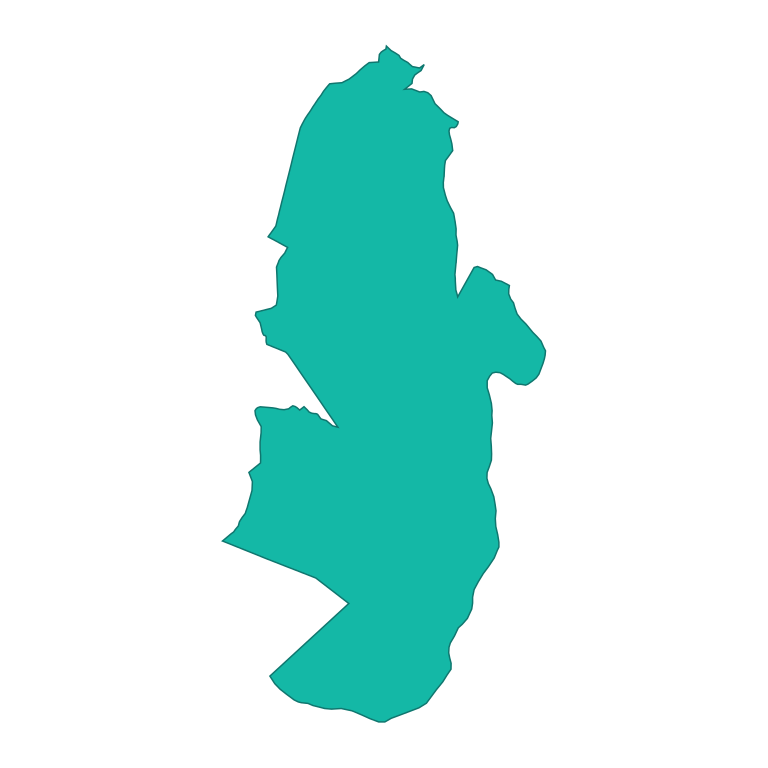 the district of Atlequizayan, Puebla, Mexico
{"feature_id": "50627088B18003687378579", "entity_name": "Atlequizayan", "entity_type": "district", "adm_level": 2, "iso_a3": "MEX", "parent_name": "Mexico", "parent_adm1": "Puebla", "projection": "robinson", "projection_center": [-97.628, 20.016], "detail": "fine", "context": "isolated", "style": "filled", "palette": "teal", "viewbox_px": 768, "rotation_deg": 0, "n_neighbors": 0, "source": "geoboundaries", "source_scale": "gbopen_adm2", "svg_char_len": 5033}
<svg xmlns="http://www.w3.org/2000/svg" viewBox="0 0 768 768"><path d="M424.2,64.6L419.5,68.0L414.7,67.0L414.0,66.9L412.4,66.6L409.6,64.2L407.8,62.5L403.8,60.3L400.6,58.2L400.1,57.3L399.0,55.4L395.3,53.0L391.0,50.5L386.4,46.1L385.9,49.1L383.3,50.6L381.2,52.1L379.4,54.4L378.6,62.0L369.2,62.6L368.1,63.4L364.9,65.8L360.0,70.0L356.3,73.6L354.6,74.9L350.4,78.1L349.1,79.1L345.1,81.1L342.0,82.7L339.6,82.9L336.8,83.1L334.3,83.3L329.7,83.8L328.7,84.9L326.5,87.5L323.5,91.3L321.0,95.3L319.3,97.5L318.2,98.9L317.1,100.6L315.6,102.8L315.0,103.8L313.1,106.5L310.7,110.4L309.5,112.2L308.5,113.6L308.1,114.1L305.4,118.2L303.6,121.4L303.1,122.5L302.7,123.1L300.3,127.9L299.1,132.6L298.1,136.5L296.1,144.6L292.7,158.1L291.1,164.8L290.8,166.0L289.9,169.6L285.7,186.2L284.9,189.7L283.7,194.5L281.8,201.8L280.4,207.6L279.7,210.2L279.4,211.4L278.6,214.9L277.7,218.2L277.2,220.2L277.0,221.1L276.3,224.2L275.8,226.1L274.3,228.2L272.8,230.3L272.5,230.7L270.8,233.1L269.7,234.5L268.1,236.8L272.3,239.1L273.0,239.4L287.6,247.4L286.7,249.1L285.2,252.1L285.0,252.6L284.9,252.9L282.4,255.8L281.0,257.4L279.0,260.5L278.1,263.1L277.0,265.8L276.5,267.1L276.9,275.0L277.0,277.9L277.1,280.4L277.4,287.7L277.8,295.8L277.8,296.1L276.9,301.8L276.3,305.1L272.9,307.3L271.3,308.3L256.1,312.1L255.8,313.4L255.8,313.5L255.4,315.4L256.6,317.5L258.2,319.8L258.8,320.8L259.6,321.9L260.1,322.7L260.4,323.9L261.2,327.2L261.8,329.8L262.1,331.5L262.6,332.9L263.2,334.3L263.8,335.2L264.4,335.5L264.8,335.4L265.3,335.6L265.8,336.1L266.2,336.9L266.2,338.2L266.1,340.4L266.2,342.1L266.5,343.1L266.9,344.4L285.6,352.0L287.9,354.3L293.3,362.1L293.5,362.4L295.5,365.3L297.8,368.7L301.0,373.4L310.1,386.6L318.6,399.0L325.4,409.0L327.6,412.2L329.0,414.2L330.0,415.7L332.3,419.0L335.2,423.3L337.2,426.2L337.9,427.2L332.4,425.8L326.4,420.6L321.1,419.0L319.6,417.2L319.4,416.8L318.3,415.3L318.0,414.8L317.4,414.2L316.5,413.8L315.6,413.6L314.4,413.6L312.3,413.3L311.7,413.2L310.8,412.8L310.2,412.5L309.3,412.2L307.0,409.6L304.0,406.7L299.9,409.9L299.7,410.1L296.9,407.6L295.1,406.5L292.8,405.8L290.9,407.0L290.0,407.7L288.7,408.8L284.1,409.7L279.6,409.3L276.1,408.4L273.0,407.9L268.8,407.5L268.7,407.5L264.0,407.1L260.2,406.8L257.8,407.6L256.5,408.5L256.4,408.6L255.6,409.7L255.0,410.7L255.5,414.9L257.4,419.9L258.1,421.1L261.2,426.6L261.1,432.3L261.1,432.8L260.1,442.0L260.1,449.9L260.6,455.3L260.6,460.4L260.5,463.0L251.2,470.5L248.9,472.4L252.0,480.5L252.4,481.6L252.0,490.5L247.5,506.7L247.3,507.5L245.9,511.4L245.3,513.4L242.2,517.4L240.0,520.8L239.4,521.9L238.3,526.0L235.2,529.6L234.8,530.3L233.6,532.0L231.2,533.7L222.5,541.0L266.9,558.9L315.8,578.0L348.8,603.5L269.9,676.1L274.8,683.7L280.1,689.2L286.2,694.0L294.1,699.9L298.2,701.9L301.3,702.7L308.0,703.4L312.9,705.5L319.3,707.1L324.7,708.5L331.5,709.1L341.2,708.5L352.0,710.8L361.7,714.9L370.1,718.7L378.6,721.9L384.9,721.9L391.2,718.3L399.0,715.4L410.3,711.1L419.0,707.8L426.4,703.2L436.3,689.8L442.8,681.8L447.1,674.9L451.0,669.2L451.1,663.3L449.7,658.0L448.7,652.9L449.0,647.3L450.3,643.0L454.5,635.9L458.3,627.8L462.4,624.1L467.4,618.4L469.5,613.8L471.7,609.1L472.6,603.1L472.6,597.2L474.1,589.6L478.2,581.9L483.3,573.5L488.4,566.7L494.2,558.0L497.3,550.4L498.9,547.0L498.9,542.3L497.7,534.7L495.8,526.5L495.3,518.6L496.0,510.8L495.1,504.4L493.8,496.7L490.9,488.9L488.3,483.5L486.9,478.3L487.1,472.5L489.2,466.9L491.4,460.2L491.6,454.0L491.3,446.1L490.7,438.4L491.5,431.3L492.4,422.9L491.8,415.4L492.1,410.7L491.4,403.5L489.3,394.7L487.2,387.8L487.2,380.7L489.7,376.1L492.3,373.0L495.8,372.2L500.1,372.7L503.3,374.4L506.4,376.5L509.9,378.8L512.7,381.2L515.6,383.4L517.6,384.3L520.9,384.3L522.8,384.6L525.6,385.1L528.0,384.1L532.1,381.2L536.2,377.9L538.9,374.2L541.1,368.4L543.0,363.4L544.4,358.7L545.1,355.3L545.5,350.8L543.8,347.6L541.0,341.1L536.7,336.3L532.8,332.4L526.0,324.1L520.9,319.0L517.1,314.0L515.0,308.1L513.5,302.8L510.7,299.1L508.7,293.9L508.8,289.5L509.4,285.5L501.4,281.3L495.6,280.0L492.5,274.4L486.1,269.8L480.7,267.8L477.5,266.5L474.1,267.5L457.7,296.9L457.4,295.5L455.8,289.8L455.8,289.0L455.5,284.2L455.3,280.7L455.3,278.6L454.9,274.3L455.0,273.8L455.7,266.3L456.0,263.1L456.1,262.9L456.4,258.7L456.8,253.8L457.3,248.6L457.6,245.3L457.2,241.7L457.1,241.0L456.5,237.9L456.0,235.1L456.0,234.4L456.1,228.9L455.9,227.3L455.2,222.4L455.1,221.6L454.7,219.5L454.2,216.4L453.6,213.2L452.5,211.2L450.5,207.6L448.7,203.9L447.2,200.8L445.9,196.9L445.2,194.7L445.0,193.8L443.4,187.6L443.4,186.2L443.3,182.3L443.4,181.8L443.9,177.4L444.1,176.4L444.2,173.7L444.4,169.9L444.4,169.3L444.7,165.1L445.3,161.5L445.4,160.6L448.1,157.0L452.7,150.6L451.9,144.0L451.2,141.0L450.6,138.7L450.3,137.6L449.5,134.9L449.4,134.1L449.0,131.0L449.3,129.9L449.7,128.3L451.5,127.5L454.3,127.7L456.3,126.5L456.4,126.3L457.8,123.9L458.2,121.8L447.7,115.4L444.0,112.8L440.9,109.5L438.8,107.4L435.0,103.7L431.1,95.6L427.8,92.7L423.9,91.4L422.7,91.6L419.7,92.0L415.9,90.5L414.5,90.0L411.7,88.9L404.6,89.3L412.0,83.4L412.5,79.1L414.7,75.1L417.3,73.1L421.1,70.5L422.1,68.6L424.2,64.6Z" fill="#14b8a6" stroke="#0f766e" stroke-width="1.5"/></svg>